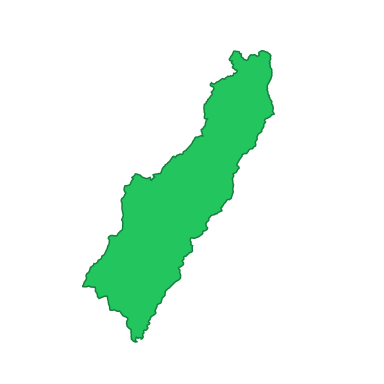 Bolivar, La Libertad, Peru, rotated 234°
{"feature_id": "86281439B86357323386245", "entity_name": "Bolivar", "entity_type": "district", "adm_level": 2, "iso_a3": "PER", "parent_name": "Peru", "parent_adm1": "La Libertad", "projection": "robinson", "projection_center": [-77.704, -7.308], "detail": "fine", "context": "isolated", "style": "filled", "palette": "green", "viewbox_px": 384, "rotation_deg": 234, "n_neighbors": 0, "source": "geoboundaries", "source_scale": "gbopen_adm2", "svg_char_len": 6052}
<svg xmlns="http://www.w3.org/2000/svg" viewBox="0 0 384 384"><g transform="rotate(234 192 192)"><path d="M265.6,328.4L265.3,327.7L264.8,327.4L263.3,326.9L263.0,326.2L263.5,324.4L265.4,323.9L266.4,323.3L267.2,321.5L268.5,320.1L267.7,316.8L266.2,315.2L266.5,313.2L267.5,313.0L268.8,311.9L270.6,312.0L272.1,311.4L273.1,311.6L273.9,312.6L274.5,312.9L274.8,313.0L275.5,312.2L276.0,312.0L277.0,312.5L278.0,312.5L279.2,310.9L280.7,309.7L281.3,308.5L279.3,305.0L278.8,303.2L277.4,300.1L276.0,299.9L274.3,301.5L273.7,300.1L273.3,299.8L271.6,300.0L270.9,300.5L269.7,299.3L269.3,298.0L267.9,298.0L267.1,298.7L265.8,298.6L263.6,300.0L263.0,299.4L262.5,298.0L262.5,296.8L263.5,295.6L262.3,294.0L262.2,292.8L262.4,292.3L263.4,291.5L263.3,290.6L263.5,290.2L264.6,289.0L264.4,287.3L264.5,285.9L264.0,284.8L265.5,283.7L265.9,282.9L265.9,278.0L266.4,276.9L266.2,274.0L266.8,273.0L267.7,272.2L268.9,272.1L268.5,270.3L267.8,269.7L267.0,269.5L265.9,269.9L264.6,271.0L262.8,270.5L262.2,269.7L261.6,267.8L261.6,266.5L260.8,266.1L259.8,266.2L259.2,266.0L258.9,265.6L258.6,263.3L257.8,261.8L257.5,259.1L256.6,258.1L256.5,256.5L255.3,255.4L255.7,253.5L252.3,250.5L251.0,250.0L249.4,248.8L248.4,248.7L247.0,247.9L246.3,246.9L244.5,245.4L243.5,245.7L242.1,247.4L241.9,246.5L241.3,245.4L239.3,242.8L238.0,241.8L237.5,239.3L236.8,238.1L236.7,237.6L237.1,236.8L237.0,236.1L235.4,235.2L234.4,235.1L232.7,234.2L231.0,233.7L232.3,232.3L233.1,228.7L233.8,228.0L234.2,227.1L233.9,225.8L233.1,224.6L232.4,222.2L231.5,221.0L230.8,219.0L229.3,211.6L229.6,208.7L228.4,207.2L228.1,206.2L229.7,204.7L229.7,203.4L230.4,202.1L230.5,201.1L229.8,198.9L230.8,198.3L231.6,198.3L231.9,197.2L230.0,192.0L229.9,189.7L229.4,189.1L229.7,186.2L228.8,185.2L229.0,184.2L228.8,183.1L228.0,181.3L226.2,178.8L225.5,177.2L226.6,175.8L226.9,174.6L227.9,173.0L228.8,170.7L227.3,170.2L226.5,170.8L226.1,170.7L225.9,167.7L225.3,166.5L225.3,166.0L225.8,165.7L226.7,165.9L227.8,166.7L228.5,166.7L229.2,163.7L230.0,162.7L233.4,160.4L235.9,160.1L239.8,157.2L239.9,156.7L239.3,155.6L239.0,154.2L239.1,152.0L238.3,151.9L237.7,152.3L237.2,152.2L236.7,150.2L235.4,147.6L234.4,146.4L234.4,145.8L235.3,143.1L236.4,141.6L236.3,141.0L234.1,138.5L231.8,137.7L230.5,138.0L229.8,137.6L229.2,135.8L228.3,134.4L227.9,132.7L228.0,131.5L227.0,129.9L225.4,129.1L223.5,128.6L222.6,127.7L219.2,125.3L213.6,122.8L212.9,122.1L210.8,118.7L209.1,118.7L208.2,118.3L203.5,114.6L202.4,113.4L202.3,112.8L202.5,111.0L202.1,109.9L202.0,108.2L201.2,106.7L200.8,105.4L202.5,103.0L203.4,102.3L204.4,101.0L204.7,99.5L204.6,98.0L203.8,97.1L201.6,96.9L198.8,94.5L197.6,91.9L196.0,90.2L195.4,88.8L193.2,84.9L192.9,84.0L193.1,81.4L191.7,79.9L191.3,78.7L191.9,76.2L191.6,75.5L190.9,74.8L190.6,72.9L190.8,71.6L191.7,70.6L190.5,68.7L190.7,65.5L189.2,63.7L188.0,61.9L187.7,60.5L187.8,59.2L187.1,57.6L186.2,56.8L184.2,56.1L183.5,55.0L182.2,51.6L180.5,49.3L180.2,48.3L179.6,48.0L177.2,51.1L176.7,53.3L174.8,54.1L171.8,57.7L170.8,57.3L168.6,55.6L164.9,55.3L163.0,54.1L160.5,54.2L159.1,59.9L157.8,61.9L157.0,61.9L153.9,60.4L153.1,60.3L152.2,59.6L150.0,58.5L147.5,58.0L146.1,56.8L144.6,56.3L143.3,57.8L142.3,59.9L139.3,61.5L138.3,63.2L137.1,63.5L132.5,63.4L129.7,65.1L127.9,65.8L126.8,65.4L126.2,64.5L125.7,63.0L124.9,62.8L124.0,61.6L123.0,61.5L121.9,60.7L121.2,60.6L118.7,61.0L116.4,61.8L114.4,60.2L113.0,59.4L112.5,59.4L110.9,57.8L109.7,57.4L108.8,56.5L105.9,56.9L103.8,58.1L103.3,59.4L105.3,59.0L107.1,61.2L107.1,61.8L105.4,62.3L105.1,63.7L104.5,64.8L104.2,65.0L102.9,64.4L102.7,65.7L103.0,66.7L103.7,67.5L105.4,68.1L106.3,69.2L106.2,70.2L108.4,71.5L108.2,72.6L107.2,73.5L107.6,76.0L108.3,76.6L109.7,76.6L110.2,76.9L110.5,77.6L110.1,79.4L110.7,80.7L111.2,80.8L111.7,80.4L112.3,80.3L113.2,81.2L113.3,82.4L113.9,83.8L114.7,84.6L115.2,86.1L114.9,88.8L115.1,89.7L115.0,91.0L115.9,92.0L117.6,92.2L119.7,96.0L121.0,97.3L121.3,98.3L120.6,101.1L120.7,101.9L123.6,105.4L124.2,109.2L126.9,111.7L127.5,112.5L127.9,115.9L127.7,117.7L128.0,118.4L129.1,125.8L128.7,129.4L128.9,131.8L130.7,133.4L131.8,134.1L134.2,134.7L135.2,135.8L136.2,136.4L138.0,136.1L138.5,136.6L138.6,137.4L138.2,138.6L138.2,141.6L138.6,142.8L139.8,143.4L141.9,143.5L142.2,143.9L142.2,145.2L142.5,146.0L143.7,146.6L144.4,147.5L144.3,148.2L143.6,149.4L144.3,153.8L143.7,156.7L144.0,157.7L147.0,159.5L148.2,160.9L150.2,160.0L151.4,161.4L152.3,161.9L153.5,161.8L155.4,163.6L155.1,164.9L153.7,166.0L152.9,167.1L152.7,168.6L151.9,170.9L151.9,175.6L152.3,176.5L153.3,177.0L153.6,178.0L152.9,180.4L152.8,182.1L153.9,183.6L155.2,183.3L156.7,183.7L158.1,184.6L158.9,185.7L159.0,187.8L159.4,189.1L160.8,190.2L161.1,190.8L161.0,191.4L161.7,193.4L161.1,195.9L160.3,197.0L160.6,198.6L159.7,199.2L160.1,201.2L159.2,205.1L159.8,205.5L161.6,205.7L162.4,206.4L162.2,207.7L163.5,210.5L164.1,213.5L165.2,216.0L163.8,217.9L163.8,219.9L167.0,224.1L167.8,225.4L170.6,226.8L173.2,229.7L175.3,230.4L177.8,232.0L178.9,232.3L180.4,235.1L181.3,235.6L182.3,235.7L182.5,236.3L182.0,238.6L182.1,239.8L183.4,242.4L183.5,243.8L183.7,244.3L185.0,244.6L187.1,244.1L188.0,244.6L190.4,249.9L191.5,253.4L192.7,254.5L192.4,256.7L191.1,258.7L191.3,259.9L192.5,262.8L192.6,264.1L192.3,265.2L191.5,266.1L191.5,266.8L192.2,268.4L191.9,270.3L192.5,271.2L194.5,272.2L195.5,273.0L196.1,275.4L198.6,277.2L199.8,279.4L199.9,283.8L201.6,285.4L202.2,287.6L202.7,288.5L204.6,289.9L205.1,292.3L205.6,292.7L206.8,292.6L207.7,293.0L207.9,294.8L207.5,295.8L207.0,299.1L207.5,302.3L206.8,303.7L206.8,304.4L210.0,304.7L211.6,306.6L212.8,307.4L214.8,308.2L216.1,308.2L217.5,308.8L218.2,309.8L221.8,309.8L222.7,310.3L223.6,310.2L224.5,311.1L226.3,311.1L227.7,311.7L228.9,312.5L230.3,312.6L230.9,313.2L231.0,313.7L232.9,314.7L234.1,315.6L234.8,317.5L235.4,318.3L235.5,319.3L236.2,320.0L236.8,321.8L237.3,322.0L237.7,323.0L239.6,325.4L240.4,325.7L241.8,327.0L242.4,327.2L244.3,328.6L246.9,328.6L248.6,329.7L249.3,329.9L249.8,330.4L250.5,330.3L251.0,331.4L252.0,331.3L253.2,333.6L254.0,334.3L255.0,334.5L255.8,335.9L258.0,336.0L259.3,335.3L260.5,335.3L261.7,334.3L264.0,332.9L265.3,331.5L265.6,328.4Z" fill="#22c55e" stroke="#15803d" stroke-width="1.5"/></g></svg>